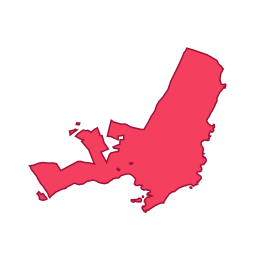 outline of Manokwari, Papua Barat, Indonesia, rotated 106°
{"feature_id": "22746128B58641314112332", "entity_name": "Manokwari", "entity_type": "district", "adm_level": 2, "iso_a3": "IDN", "parent_name": "Indonesia", "parent_adm1": "Papua Barat", "projection": "natural_earth1", "projection_center": [133.979, -1.001], "detail": "fine", "context": "isolated", "style": "filled", "palette": "rose", "viewbox_px": 256, "rotation_deg": 106, "n_neighbors": 0, "source": "geoboundaries", "source_scale": "gbopen_adm2", "svg_char_len": 5698}
<svg xmlns="http://www.w3.org/2000/svg" viewBox="0 0 256 256"><g transform="rotate(106 128 128)"><path d="M216.5,183.9L214.1,183.0L212.3,181.4L209.9,180.1L206.1,175.9L204.1,173.2L203.6,171.9L203.1,171.2L202.4,171.5L202.0,170.9L196.2,164.8L195.7,163.9L195.8,162.5L196.0,161.5L196.0,159.9L195.9,159.3L195.0,157.9L194.5,156.3L193.3,154.9L191.5,153.5L190.8,152.9L190.2,151.9L188.6,148.8L188.0,148.0L187.6,146.5L187.6,145.2L187.8,143.3L188.3,141.8L188.4,139.1L188.0,135.6L187.3,133.9L185.9,131.9L184.6,131.3L182.6,129.6L182.0,128.9L181.4,128.8L181.0,128.5L180.3,126.9L179.2,125.7L178.7,123.3L178.1,122.8L176.4,122.0L175.7,121.5L173.2,117.7L172.3,116.0L171.9,114.5L172.0,112.3L172.4,110.7L174.6,106.9L175.2,106.6L178.2,106.5L179.2,106.6L179.7,106.5L180.3,106.2L180.6,105.6L180.9,104.8L180.9,103.8L180.3,102.4L180.1,101.9L179.5,101.5L179.6,99.6L179.2,98.9L179.3,98.3L180.7,98.9L182.0,99.0L183.1,97.4L183.1,95.9L183.3,95.8L182.0,92.8L182.3,92.3L182.3,91.5L181.8,90.1L182.1,89.4L183.3,88.8L183.8,89.6L184.6,90.3L184.7,90.6L184.9,90.6L185.6,91.3L186.3,91.4L186.9,91.3L187.1,90.9L186.8,90.6L186.7,90.0L186.2,89.8L186.3,89.6L186.7,89.8L186.9,89.8L186.8,88.7L186.4,88.3L186.5,87.7L186.5,86.9L186.9,86.6L186.8,86.2L187.1,86.4L187.3,86.8L187.4,87.0L187.3,87.4L187.4,88.4L188.2,88.6L188.2,88.9L188.6,89.4L188.8,89.3L189.2,90.6L190.3,91.0L192.0,92.1L193.6,92.1L194.5,91.9L194.9,90.6L195.4,90.4L195.6,90.5L196.1,90.5L196.6,90.1L196.9,89.6L198.2,90.0L198.8,91.3L199.3,91.0L199.5,91.1L198.8,91.5L198.9,92.1L199.9,92.6L201.0,92.5L202.0,91.6L203.2,90.1L202.6,89.7L203.2,90.2L203.8,89.4L203.9,88.2L204.0,87.8L203.3,87.2L202.9,87.2L203.0,87.4L202.4,88.0L201.4,87.3L201.3,85.4L199.8,84.6L196.1,81.3L195.9,81.5L193.6,78.8L190.9,75.6L190.9,75.0L190.4,74.1L190.3,73.0L190.1,72.9L189.4,73.2L188.6,73.0L184.5,71.8L179.8,70.0L177.5,68.2L176.4,66.0L175.4,65.2L173.1,63.7L171.9,62.6L170.4,61.0L167.4,56.9L167.6,56.7L166.7,56.0L166.3,55.2L166.2,54.6L165.9,53.9L165.5,53.5L165.2,52.9L164.9,51.6L165.0,51.0L165.7,50.0L165.8,49.1L163.7,47.3L163.7,46.6L162.6,45.5L161.5,46.5L161.1,46.5L160.5,46.5L160.3,45.2L159.5,45.7L158.6,44.8L156.7,43.8L155.7,43.8L154.5,44.6L154.0,45.8L153.1,48.3L152.6,49.3L152.3,49.4L151.3,49.3L150.6,48.3L150.5,47.8L149.7,46.0L147.7,45.6L146.1,46.3L145.4,47.0L145.5,47.5L145.1,47.8L143.8,47.7L143.0,47.0L143.1,46.8L142.8,46.5L142.6,45.9L142.1,45.1L140.1,44.3L139.3,43.9L138.1,43.8L136.7,44.3L135.2,45.6L135.2,46.0L135.6,46.6L135.6,47.0L135.0,47.0L134.4,47.3L134.5,48.2L134.6,48.3L133.3,48.8L132.2,48.7L131.7,47.9L131.4,48.6L131.2,49.3L130.2,49.6L129.1,49.5L128.4,49.4L126.9,50.0L126.0,50.8L125.1,52.0L124.2,52.6L123.3,53.5L122.0,53.7L120.5,53.2L118.6,51.3L118.3,50.8L118.2,48.7L118.0,47.7L117.5,47.0L117.1,47.2L116.4,47.9L116.0,47.7L115.9,47.1L115.2,47.2L114.3,47.7L113.9,47.5L113.6,46.6L113.0,46.3L113.0,47.5L112.9,48.3L111.8,48.6L111.2,48.1L110.1,48.2L109.0,48.0L108.3,47.7L108.9,46.2L108.5,45.7L107.1,44.9L106.6,45.1L105.9,45.2L105.5,45.8L104.5,46.1L104.2,45.4L103.5,45.1L102.0,45.5L101.5,45.7L100.9,46.2L100.8,46.5L102.6,47.4L103.0,48.3L103.0,49.0L102.3,50.6L101.6,52.0L100.4,53.5L99.4,54.2L98.3,54.6L97.6,54.2L96.1,53.8L95.6,53.4L94.9,53.4L89.4,52.2L88.7,51.9L83.4,50.8L81.2,50.6L78.4,50.0L77.1,50.0L74.5,50.9L74.3,50.6L69.4,49.9L63.7,47.5L62.9,46.5L62.8,45.7L62.3,45.8L62.2,46.9L61.5,46.9L61.1,45.7L60.7,45.6L60.5,45.8L59.2,46.1L59.0,46.7L59.6,47.8L60.1,48.5L60.1,50.1L59.9,50.8L56.8,52.4L57.0,52.6L55.5,53.1L55.4,53.5L55.4,53.1L52.2,53.6L49.9,53.7L44.8,52.7L44.5,53.6L42.8,55.6L41.6,58.4L38.5,61.3L35.8,72.1L35.4,80.9L35.0,86.9L35.1,93.6L37.5,93.7L40.1,94.9L45.9,95.5L55.3,96.9L72.0,99.9L74.8,99.9L80.3,100.2L89.0,103.1L93.8,105.4L97.8,106.6L104.2,106.9L110.8,109.0L116.8,110.1L124.9,112.2L125.7,114.8L126.2,123.3L126.2,126.0L124.9,131.5L126.2,135.6L126.2,143.2L125.2,146.3L141.6,145.6L141.0,142.5L142.0,134.2L138.6,135.2L136.2,130.1L140.3,128.9L141.4,132.4L145.8,131.4L150.4,137.1L151.3,135.9L150.7,130.8L153.3,130.8L154.4,133.5L156.9,137.7L158.8,138.6L167.0,139.0L158.7,147.4L153.6,141.1L148.7,147.0L142.5,150.8L142.8,152.7L136.3,157.5L138.9,160.2L142.4,162.3L142.0,162.8L141.2,166.0L142.1,167.3L142.3,168.0L142.3,170.5L146.9,174.2L150.4,176.2L150.8,174.2L151.5,172.0L151.8,167.4L153.7,169.0L159.8,159.7L171.8,150.4L172.3,156.2L173.0,159.8L173.2,163.6L173.1,164.5L174.0,167.0L187.5,180.9L182.1,186.8L182.1,188.9L182.3,190.2L182.7,191.7L183.9,195.3L184.6,200.3L186.3,203.9L189.3,207.9L190.3,209.5L191.4,212.2L192.2,211.1L194.0,209.9L194.7,209.1L200.0,201.9L201.2,201.1L205.2,196.9L206.3,195.3L207.0,194.0L209.6,191.1L212.1,187.9L213.2,186.8L215.7,185.1L216.5,183.9ZM169.6,126.9L170.1,125.4L170.2,124.5L170.8,124.5L171.7,125.0L170.7,127.1L169.6,126.9ZM161.4,116.7L160.2,115.1L160.4,114.3L160.9,113.7L161.7,115.1L162.5,115.7L161.4,116.7ZM218.5,186.3L216.9,188.0L216.4,189.6L216.2,190.0L215.7,190.1L215.3,190.3L214.5,191.5L215.1,192.4L215.8,192.9L213.8,196.1L216.3,197.4L217.0,195.9L217.6,195.1L219.6,194.0L220.9,193.4L221.0,190.9L220.9,190.1L220.7,189.3L220.2,188.4L218.5,186.3ZM194.4,95.0L193.9,95.3L193.1,95.4L192.6,95.9L192.3,96.6L192.2,97.3L192.5,98.2L193.7,98.9L194.5,100.4L194.9,101.7L195.3,102.5L195.4,102.9L195.7,103.3L196.0,104.9L196.4,105.1L197.1,104.7L197.6,104.0L197.9,103.1L197.8,102.4L197.4,101.7L196.7,101.4L196.4,101.0L196.4,98.8L195.6,95.6L194.4,95.0ZM147.5,183.1L149.6,182.0L150.7,181.7L147.4,179.3L143.9,176.4L143.9,177.2L143.6,178.4L144.9,179.4L146.2,181.9L147.2,183.4L147.5,183.1ZM138.7,178.1L138.5,176.0L137.9,175.7L136.6,175.8L137.1,178.6L138.9,178.7L138.7,178.1ZM168.3,51.9L168.5,50.5L168.1,50.1L167.6,50.5L167.3,51.5L167.7,52.0L168.3,51.9ZM190.2,95.2L190.7,94.6L190.3,94.1L189.7,94.2L189.2,94.8L189.6,95.2L190.2,95.2Z" fill="#f43f5e" stroke="#9f1239" stroke-width="1.5"/></g></svg>